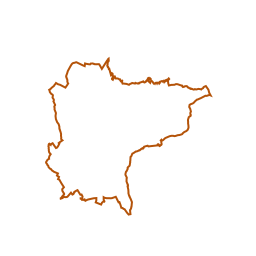 Sona, Alba, Romania, rotated 248°
{"feature_id": "2599482B71316562161476", "entity_name": "Sona", "entity_type": "district", "adm_level": 2, "iso_a3": "ROU", "parent_name": "Romania", "parent_adm1": "Alba", "projection": "robinson", "projection_center": [24.009, 46.242], "detail": "fine", "context": "isolated", "style": "outline", "palette": "amber", "viewbox_px": 256, "rotation_deg": 248, "n_neighbors": 0, "source": "geoboundaries", "source_scale": "gbopen_adm2", "svg_char_len": 5791}
<svg xmlns="http://www.w3.org/2000/svg" viewBox="0 0 256 256"><g transform="rotate(248 128 128)"><path d="M137.7,215.9L137.7,214.2L137.5,213.3L136.8,212.5L136.7,211.4L136.3,210.3L136.7,210.0L137.9,207.9L138.1,206.0L138.3,205.4L139.0,204.6L138.9,203.5L139.5,202.7L140.0,202.3L140.6,201.6L140.5,201.2L140.7,200.8L141.2,200.4L141.5,200.5L141.9,199.8L142.3,199.5L142.9,199.3L143.2,198.7L144.1,198.5L144.8,198.2L145.4,196.5L145.2,195.8L145.4,194.3L146.1,194.0L146.4,194.2L147.0,194.1L147.8,192.9L150.0,190.4L150.7,189.0L150.7,187.1L151.7,184.5L152.1,181.9L154.1,182.0L157.1,182.8L158.0,184.5L158.7,184.3L157.9,182.8L158.2,182.5L158.2,182.2L157.7,182.0L157.3,181.6L157.6,181.3L157.5,180.7L158.2,180.6L158.2,180.3L157.3,179.4L158.0,179.0L157.5,178.6L158.2,178.5L158.4,177.8L158.2,177.3L158.8,177.0L158.9,175.0L157.9,174.4L157.5,173.6L158.5,173.5L158.9,172.9L158.9,172.2L158.4,171.6L159.2,171.5L159.5,171.1L159.4,170.1L159.0,169.6L159.4,169.5L159.5,168.5L161.6,168.1L163.2,167.4L162.2,166.0L161.6,165.5L164.1,164.3L164.8,165.8L165.2,167.3L166.0,167.0L166.2,166.0L166.7,166.0L166.7,165.5L166.6,165.1L166.2,165.0L165.3,163.6L165.1,163.7L164.8,163.0L165.0,162.9L164.9,162.6L164.1,161.7L164.0,160.5L164.1,160.2L164.9,159.9L165.0,159.5L165.5,159.5L165.5,157.9L165.7,155.3L165.2,155.1L165.4,153.9L166.0,153.3L166.7,151.9L167.0,151.7L166.6,151.1L168.2,148.7L168.0,148.3L168.1,146.5L167.7,145.1L169.4,143.2L171.1,140.1L171.2,139.6L172.8,139.6L173.2,139.8L173.9,140.4L174.0,140.4L174.1,138.8L175.9,138.9L176.0,138.3L176.7,138.0L177.3,137.5L177.8,136.9L178.6,135.0L180.8,135.1L180.9,134.8L180.2,134.0L179.7,133.3L178.4,132.0L179.2,131.5L179.7,131.6L180.4,132.5L181.1,133.1L182.5,133.6L183.1,133.4L183.5,133.5L183.8,134.0L184.1,134.0L184.5,133.9L185.2,133.2L185.0,132.9L184.4,133.0L183.6,132.9L183.3,132.6L183.2,132.0L186.7,132.5L186.7,132.4L189.8,132.8L189.9,132.3L191.5,132.5L192.4,132.4L192.4,132.1L193.4,132.1L194.0,132.3L194.7,133.0L196.5,133.7L197.0,134.8L197.5,135.3L199.6,136.0L199.5,135.6L198.9,135.3L198.5,134.1L192.6,125.9L197.8,125.2L198.1,124.9L198.1,124.7L198.8,123.1L198.9,122.6L199.7,120.9L200.1,120.6L200.1,120.4L200.5,120.0L201.0,119.6L201.7,117.6L201.2,116.8L201.5,116.0L203.3,113.1L203.9,112.4L201.6,111.0L203.0,109.6L208.3,104.8L208.4,104.5L208.5,102.8L208.8,101.6L208.6,100.5L208.1,99.5L206.6,97.5L203.3,93.5L201.4,92.0L199.7,90.4L199.3,90.3L199.1,90.0L198.2,89.8L197.4,89.9L196.7,89.7L196.1,89.9L194.7,89.6L194.0,89.2L193.1,89.1L192.4,89.0L191.7,89.2L190.8,88.0L188.9,85.1L193.5,81.2L194.8,79.5L196.7,78.1L196.0,77.1L195.4,75.9L194.8,75.2L193.8,72.0L193.3,71.1L192.9,69.2L192.0,69.3L190.7,69.0L188.4,69.6L187.4,70.4L186.9,70.6L186.4,70.6L184.4,69.4L182.6,69.8L181.8,69.8L181.0,69.3L180.5,68.8L179.3,69.0L178.4,68.9L177.2,69.1L176.8,69.1L176.4,68.9L175.9,68.1L175.3,67.6L174.2,67.5L172.6,66.8L169.2,66.8L168.7,66.7L166.3,65.3L163.3,64.5L159.9,64.5L157.8,65.1L157.0,65.1L155.1,64.9L153.2,64.2L152.5,64.2L152.1,64.0L151.4,64.2L150.8,64.0L149.7,64.0L147.5,63.7L146.0,63.0L144.0,62.5L142.9,61.9L142.2,62.0L141.1,62.6L140.4,59.5L140.0,58.2L139.2,58.5L137.4,56.4L136.4,54.8L136.4,53.7L142.1,52.4L141.9,50.5L141.3,50.0L142.9,49.2L142.8,48.7L142.3,48.2L141.4,47.9L141.0,47.4L140.0,47.3L139.3,47.1L138.9,46.8L137.5,46.5L136.7,46.1L134.8,45.8L132.7,46.5L131.7,45.0L131.0,44.3L129.7,43.4L129.0,43.3L128.7,41.5L127.0,39.2L125.9,39.1L124.7,39.5L123.9,39.4L123.0,39.9L121.5,39.7L120.4,40.1L119.3,40.6L118.6,41.3L117.5,41.5L116.8,41.8L116.1,42.4L115.3,42.8L112.1,46.0L110.5,44.3L108.5,45.7L106.8,44.0L105.8,45.0L101.9,45.5L97.1,46.4L95.9,44.1L94.7,43.7L94.1,43.6L93.3,43.8L91.9,43.9L91.6,44.1L91.3,44.2L90.4,43.9L89.9,43.1L89.8,42.4L88.3,40.1L88.1,39.3L87.7,39.2L87.6,41.0L88.1,42.5L87.9,43.1L87.4,43.9L86.9,45.4L87.0,46.2L89.4,50.9L87.2,51.5L87.4,52.3L87.2,52.6L87.6,53.0L88.4,54.2L88.7,54.1L88.9,54.5L89.3,57.2L89.3,57.9L84.0,58.8L83.8,59.1L83.7,60.0L81.5,60.2L79.4,58.7L80.4,57.7L80.2,57.6L79.2,58.5L78.6,58.4L78.5,58.5L78.6,59.5L77.8,60.1L78.0,61.0L76.5,61.2L76.7,63.4L76.6,64.5L75.7,69.9L74.9,72.4L72.7,71.5L71.1,70.2L67.1,74.4L68.5,75.9L69.2,78.1L68.7,78.5L68.9,78.7L70.4,78.5L72.9,79.5L72.0,80.2L70.8,82.1L69.3,85.8L69.0,86.6L68.8,90.9L62.6,91.4L62.5,92.3L59.3,92.2L56.5,91.9L55.9,93.0L54.7,93.5L54.0,94.4L49.7,95.4L47.5,96.2L47.5,96.4L47.2,98.0L51.1,99.1L51.2,99.5L52.4,100.8L53.5,101.4L53.6,101.7L57.8,103.9L61.7,103.9L63.2,103.7L63.6,103.8L63.9,103.7L64.1,103.9L65.3,103.7L67.6,104.0L68.0,104.3L70.8,105.2L74.2,105.8L74.3,106.3L75.4,106.6L75.8,106.7L76.1,106.5L79.0,106.6L81.7,107.8L82.1,108.2L82.5,108.3L85.5,108.1L86.3,108.4L88.0,109.6L88.3,109.9L88.4,110.4L90.3,112.5L91.1,112.6L91.3,112.8L91.7,113.3L92.3,115.1L92.9,115.7L95.0,116.9L95.5,117.3L95.9,117.3L96.6,117.8L100.2,119.5L100.6,120.5L102.6,122.4L102.7,123.8L103.3,126.5L103.0,127.3L103.0,128.6L103.2,130.1L102.9,130.4L103.2,131.3L103.4,131.7L103.4,132.0L103.7,132.4L103.9,134.1L103.4,134.2L103.8,134.8L103.7,135.0L104.6,135.9L104.4,138.1L104.2,139.6L103.3,140.0L100.8,148.9L101.3,148.9L101.7,149.4L101.7,149.9L101.5,150.1L100.8,149.9L99.4,150.5L99.4,150.8L100.1,151.3L99.8,152.2L99.9,152.5L100.1,152.9L100.6,153.2L101.9,153.4L103.1,153.9L104.2,153.7L104.5,154.4L103.6,154.4L103.6,155.8L104.7,158.8L104.8,163.5L104.5,165.3L103.9,166.9L103.1,167.9L102.8,169.2L102.7,171.4L102.2,173.1L102.0,175.5L102.1,176.1L102.6,176.8L103.2,178.7L103.3,180.9L103.9,182.6L105.1,183.8L105.8,184.3L107.5,184.9L110.0,185.5L111.0,186.0L112.7,186.5L113.6,187.0L114.3,187.7L115.2,188.3L115.7,189.6L115.6,190.3L116.5,191.1L117.5,191.0L118.6,191.4L119.7,192.5L122.9,192.9L124.1,192.6L124.9,192.8L126.4,193.8L126.6,195.1L126.5,197.0L126.7,198.2L127.8,200.5L128.5,202.7L128.3,203.3L128.4,205.4L128.4,206.5L128.9,211.9L128.3,213.0L128.2,215.7L127.7,216.4L127.3,216.8L130.2,216.5L133.4,216.9L137.7,215.9Z" fill="none" stroke="#b45309" stroke-width="2"/></g></svg>